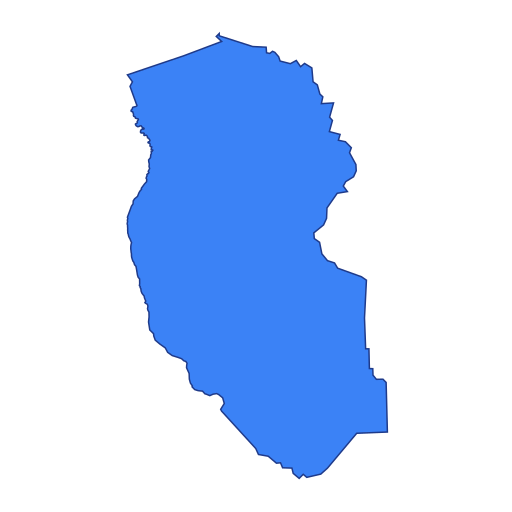 El Dorado, California, United States of America, rotated 89°
{"feature_id": "52423323B41898924582889", "entity_name": "El Dorado", "entity_type": "district", "adm_level": 2, "iso_a3": "USA", "parent_name": "United States of America", "parent_adm1": "California", "projection": "albers", "projection_center": [-120.618, 38.785], "detail": "fine", "context": "isolated", "style": "filled", "palette": "blue", "viewbox_px": 512, "rotation_deg": 89, "n_neighbors": 0, "source": "geoboundaries", "source_scale": "gbopen_adm2", "svg_char_len": 3624}
<svg xmlns="http://www.w3.org/2000/svg" viewBox="0 0 512 512"><g transform="rotate(89 256 256)"><path d="M469.3,188.2L435.0,158.4L434.3,127.7L384.7,128.1L381.4,131.2L381.4,137.8L377.2,141.1L370.7,141.2L370.5,144.6L350.8,144.7L350.7,148.0L319.8,148.6L282.1,146.0L278.6,150.9L269.6,174.6L264.3,177.6L261.9,184.6L255.0,190.1L243.4,192.2L239.6,197.4L233.9,197.8L226.1,187.9L219.6,184.8L209.2,184.2L194.7,173.7L193.2,163.5L187.6,167.5L183.2,165.0L178.5,157.1L172.6,154.3L166.3,154.5L154.4,160.7L149.4,158.8L143.3,164.6L141.7,171.6L135.9,169.8L132.9,180.5L121.8,177.2L118.5,180.0L104.3,175.8L104.8,188.0L98.0,186.4L95.2,189.3L86.0,191.7L82.8,195.9L69.9,196.8L68.9,196.9L64.3,204.1L67.5,208.1L61.2,212.3L64.3,218.3L61.5,228.5L57.1,229.9L52.7,233.6L51.6,235.9L53.7,238.7L53.0,241.9L47.4,242.2L46.5,255.7L35.2,288.9L32.9,288.9L35.8,291.9L40.9,286.6L54.6,324.9L72.6,381.4L79.7,376.5L84.2,379.0L102.4,372.8L102.8,372.5L103.7,372.4L104.4,373.4L104.6,374.2L104.9,375.5L105.0,376.0L105.3,376.7L106.0,376.9L107.6,377.7L108.0,378.3L108.9,378.4L109.3,378.0L109.6,376.8L110.6,376.5L111.6,376.1L112.4,376.0L113.5,376.1L114.2,375.8L114.8,374.5L116.1,374.1L116.6,372.4L116.7,371.6L117.4,371.2L118.0,371.5L119.5,372.5L120.2,372.4L120.7,372.3L121.4,373.0L121.5,373.6L121.9,374.2L122.6,374.2L123.6,373.6L124.3,372.7L124.7,371.9L124.4,370.5L123.8,369.6L123.9,368.5L124.7,368.0L125.8,367.1L126.0,366.1L126.7,365.7L127.2,366.0L127.3,367.1L127.1,367.7L127.8,368.6L128.9,369.2L130.1,369.4L131.0,368.7L131.0,368.0L131.1,366.5L131.1,366.1L131.7,365.6L132.4,365.9L133.4,365.9L133.6,365.1L133.3,364.3L133.4,363.4L134.0,362.9L134.8,362.5L135.9,362.4L136.4,361.3L137.1,360.9L137.7,360.4L138.5,360.0L139.3,360.3L139.9,361.0L140.0,361.7L140.8,362.0L141.2,361.4L141.4,360.4L142.3,359.9L144.1,360.1L144.8,359.6L144.8,359.1L145.0,358.4L145.7,358.4L147.4,359.0L148.4,357.3L149.3,357.9L149.2,358.0L149.4,359.0L151.7,358.8L153.0,359.5L154.2,359.6L155.8,359.8L158.1,361.7L159.9,361.6L162.1,361.1L164.7,361.4L166.7,360.8L169.5,362.3L170.7,361.6L171.7,362.2L171.6,362.6L172.7,363.7L174.2,363.6L175.3,364.3L176.5,364.5L177.3,363.9L179.8,364.1L182.0,366.2L184.1,367.8L186.3,369.5L187.4,369.3L188.5,370.5L190.5,371.8L192.1,372.5L194.3,373.4L196.7,376.4L198.8,377.8L201.7,378.0L204.1,379.7L208.1,381.2L212.2,382.8L215.0,383.9L216.4,383.5L217.8,384.0L219.4,383.8L220.6,384.1L221.7,384.3L222.7,383.9L224.7,383.9L226.3,383.8L227.8,383.9L229.0,383.8L230.8,383.8L232.2,383.3L233.5,383.1L234.8,382.7L236.9,381.6L238.6,381.0L240.4,380.2L242.3,380.7L244.1,381.0L246.6,381.1L248.5,380.9L250.0,380.8L251.5,380.5L253.2,380.5L254.8,380.4L256.7,379.9L258.9,379.2L260.1,378.3L262.6,377.6L264.2,376.2L266.5,375.8L268.5,375.5L270.6,375.2L272.8,374.9L275.2,374.2L276.9,372.8L281.7,372.8L283.6,373.1L284.5,372.3L285.5,372.4L286.7,371.7L288.1,371.6L289.4,371.4L291.2,370.7L292.6,369.7L294.2,368.5L295.8,368.3L297.7,367.6L299.1,367.0L299.9,367.4L300.7,367.9L301.3,367.3L302.2,365.7L303.3,365.1L304.8,365.0L306.8,365.4L308.4,365.0L310.3,364.0L315.1,364.0L320.1,364.6L328.1,363.5L331.9,359.8L334.3,359.6L338.4,358.2L342.5,353.5L346.3,348.3L350.8,346.0L354.1,341.5L356.1,335.5L357.4,332.2L359.5,330.0L360.2,328.0L362.1,326.8L363.9,327.2L366.5,327.4L372.3,324.9L378.0,324.8L381.9,323.8L383.6,322.7L384.7,321.9L385.7,322.2L388.5,319.6L389.6,316.3L390.2,311.8L392.9,309.5L393.3,308.1L394.8,304.6L393.4,301.3L392.9,297.7L393.9,295.7L397.2,291.8L402.9,290.3L408.7,294.0L410.5,293.1L448.5,259.6L454.5,257.0L456.4,247.3L463.5,239.2L463.2,235.1L468.2,233.1L468.7,223.8L474.0,222.6L479.1,216.7L475.1,212.6L478.2,209.1L475.2,195.0L469.3,188.2Z" fill="#3b82f6" stroke="#1e3a8a" stroke-width="1.5"/></g></svg>